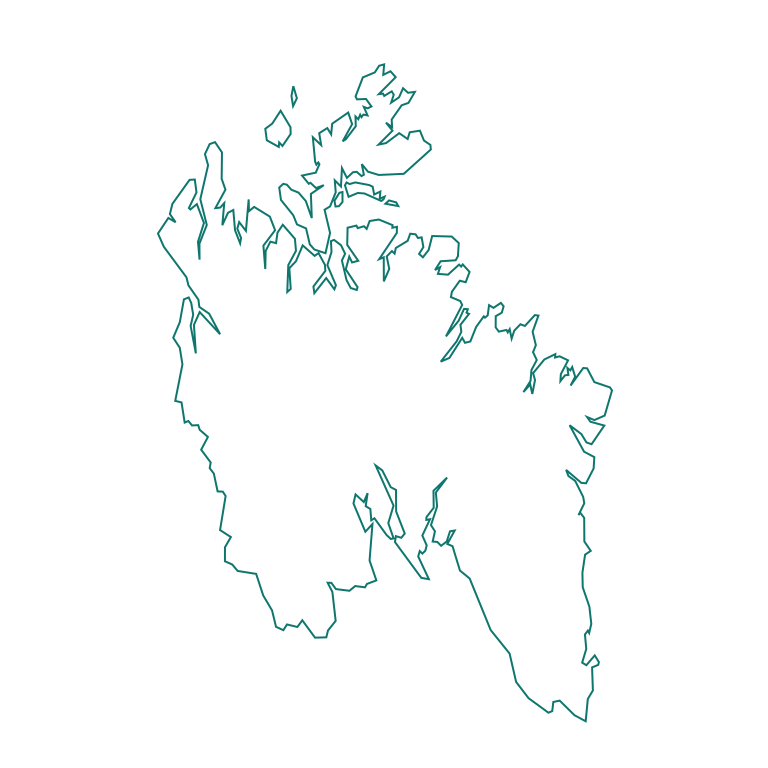 outline of Highland, rotated 95°
{"feature_id": "GBR-2745", "entity_name": "Highland", "entity_type": "Unitary District", "adm_level": 1, "iso_a3": "GBR", "parent_name": "United Kingdom", "parent_adm1": "", "projection": "natural_earth1", "projection_center": [-5.279, 57.587], "detail": "fine", "context": "isolated", "style": "outline", "palette": "teal", "viewbox_px": 768, "rotation_deg": 95, "n_neighbors": 0, "source": "natural_earth", "source_scale": "10m", "svg_char_len": 6153}
<svg xmlns="http://www.w3.org/2000/svg" viewBox="0 0 768 768"><g transform="rotate(95 384 384)"><path d="M317.1,590.7L314.8,586.1L320.1,583.1L331.7,580.1L343.0,581.7L369.9,574.1L341.7,578.5L328.4,573.9L348.7,551.6L329.2,564.3L323.3,574.7L316.2,576.2L302.8,587.4L294.9,590.1L266.6,615.2L253.8,622.3L237.4,613.3L241.0,605.7L233.4,612.1L223.0,610.5L197.6,595.5L196.8,590.3L209.5,587.5L225.7,593.7L227.0,592.1L221.1,586.1L239.3,577.4L258.5,581.7L276.2,578.6L260.3,580.1L241.0,574.4L215.9,583.1L181.4,578.3L170.6,582.4L160.2,578.6L157.8,573.4L167.4,565.6L193.7,563.6L204.2,558.9L223.5,567.3L222.5,562.5L217.7,558.9L239.9,558.9L227.1,554.4L223.8,549.3L243.8,545.8L256.4,539.6L251.0,539.1L242.0,543.7L235.3,542.4L243.5,534.9L211.9,534.9L223.6,533.6L218.9,528.8L227.2,512.3L240.3,505.9L256.7,516.2L279.8,512.3L261.8,513.5L252.1,509.6L253.1,503.8L242.5,503.3L234.2,498.7L247.1,485.4L259.0,483.3L273.9,489.7L300.8,488.4L297.4,485.2L276.9,488.4L269.4,482.4L253.0,477.1L262.4,464.3L259.3,460.6L270.5,453.2L276.4,452.3L293.0,462.8L299.6,461.3L283.5,450.8L294.0,441.7L289.8,440.5L270.5,450.8L257.1,447.8L246.3,449.3L244.8,446.3L249.5,438.9L257.6,434.1L264.6,436.7L283.7,430.4L291.3,425.5L292.7,419.3L289.8,418.8L273.1,432.1L260.1,429.7L265.7,426.4L263.5,420.4L248.6,432.8L231.5,433.9L228.6,425.3L231.0,423.8L228.6,417.7L231.0,414.8L222.9,412.5L220.6,403.5L225.0,389.3L227.6,389.3L226.3,384.8L232.4,384.4L260.1,399.7L257.8,395.3L281.8,393.1L268.9,388.8L256.7,392.4L250.9,387.7L253.2,384.8L247.5,384.1L239.3,372.9L232.0,371.0L232.1,365.6L235.6,362.9L234.6,359.3L244.2,356.7L251.3,360.4L254.4,356.3L246.6,351.2L232.4,348.9L231.2,329.4L237.1,321.8L250.3,321.5L254.5,323.4L256.8,338.3L266.0,343.1L262.7,338.3L269.6,339.9L269.5,329.8L258.5,319.6L260.3,317.4L258.0,316.0L264.9,308.5L275.5,311.5L274.5,317.5L286.2,324.4L291.6,324.9L294.7,315.3L298.4,313.0L331.2,326.4L314.4,315.1L302.2,310.8L302.2,307.0L305.8,308.0L306.7,305.4L318.4,313.0L325.3,311.5L335.1,315.3L356.8,329.4L352.3,321.1L331.2,310.1L335.9,306.9L334.1,301.7L319.2,297.2L307.9,290.5L309.1,289.2L306.6,286.7L296.3,286.2L298.6,281.6L293.0,274.6L296.2,271.6L302.7,272.9L306.7,278.6L317.8,277.7L321.8,274.2L319.5,266.7L321.8,265.2L318.4,263.6L327.7,260.8L319.5,258.9L312.6,253.3L313.9,248.7L302.2,239.7L302.4,236.1L319.0,240.5L332.1,236.1L339.3,238.3L346.8,233.9L357.2,238.3L368.2,238.3L379.9,244.4L371.7,238.3L381.0,235.4L366.9,233.9L360.2,236.4L345.6,226.4L339.3,215.9L342.7,215.9L341.1,211.5L344.4,202.7L358.8,208.7L365.8,208.5L359.6,204.5L358.9,201.1L352.0,202.7L354.2,199.6L350.7,198.0L360.1,194.2L369.3,198.0L350.7,186.9L350.7,183.0L363.8,174.6L367.7,158.6L370.5,156.3L396.2,161.4L401.6,171.3L399.2,178.8L403.6,175.1L406.2,160.9L425.9,172.0L424.6,177.2L416.7,183.0L408.9,195.5L434.0,178.8L438.5,168.1L449.9,167.8L465.3,174.1L465.3,178.8L453.7,195.1L459.5,192.3L464.0,185.0L479.2,175.7L485.4,174.1L497.6,178.8L495.2,177.2L499.9,172.9L523.4,170.7L532.2,163.5L536.5,168.8L554.7,169.9L569.2,168.3L587.9,160.0L604.9,156.6L614.2,157.9L611.9,159.4L616.0,162.0L630.3,159.4L644.3,162.3L646.5,157.9L636.0,150.4L642.3,145.7L645.1,146.1L648.2,152.0L671.1,149.2L680.0,153.5L702.4,153.7L697.4,165.3L684.1,181.4L686.0,187.6L695.2,187.9L697.1,191.6L684.4,212.6L669.3,226.4L641.6,235.4L619.8,256.3L570.3,281.7L563.2,292.1L539.6,301.6L537.8,307.0L523.8,300.8L525.0,305.4L535.4,307.8L540.2,313.0L536.7,317.1L536.7,321.8L526.3,320.4L520.5,324.9L501.3,320.4L487.6,322.9L471.7,313.0L486.1,325.4L503.0,323.7L512.9,330.1L515.7,330.0L514.7,326.4L531.6,332.6L541.1,327.4L546.5,328.3L549.6,331.0L547.3,333.8L552.8,334.9L574.5,322.3L573.9,329.9L540.5,359.3L534.5,358.9L535.7,353.4L531.2,350.3L509.9,360.8L488.5,362.8L486.2,368.3L470.2,378.2L465.9,385.2L504.3,363.9L522.2,367.6L537.0,361.0L537.8,363.7L534.3,368.2L518.6,381.8L520.9,384.8L509.7,386.7L507.3,391.6L494.1,390.8L503.4,393.8L496.5,402.7L505.7,404.0L532.8,389.7L524.5,383.3L561.1,383.0L580.3,374.5L584.7,383.6L588.2,385.2L587.8,395.1L593.0,400.4L592.5,414.0L586.7,419.1L586.9,422.8L595.7,417.3L624.2,411.5L634.4,418.3L641.4,419.4L642.7,430.6L626.5,444.8L633.6,449.1L632.0,459.7L638.0,462.8L635.3,470.4L619.3,475.8L605.2,485.9L584.3,494.8L583.0,513.5L577.0,519.5L574.5,527.0L560.5,528.2L549.8,523.2L543.8,534.6L509.4,532.0L505.3,535.2L505.5,540.4L488.1,545.7L483.0,550.3L477.3,549.8L465.4,560.4L452.1,554.8L445.7,563.6L441.2,565.5L442.0,571.6L437.9,575.7L439.8,579.2L420.0,584.1L419.0,590.5L382.1,586.5L365.7,590.6L356.3,598.0L340.2,592.8L317.1,590.7ZM102.8,435.7L100.0,437.4L80.4,431.8L74.4,420.3L67.4,416.6L65.6,411.7L76.1,411.7L71.9,404.8L77.3,399.1L95.7,414.4L94.8,410.3L97.0,408.9L91.8,401.8L95.0,399.5L103.1,401.4L97.1,394.0L87.7,390.8L91.8,385.4L90.3,378.7L101.8,384.1L104.8,390.7L119.9,399.4L127.4,398.3L123.5,404.8L130.9,397.6L146.0,410.3L143.8,402.9L132.8,390.7L137.9,381.8L131.0,380.3L128.5,370.3L138.0,365.4L141.8,358.6L146.3,357.8L172.9,382.6L176.2,407.4L173.9,418.5L166.9,425.3L177.3,422.3L178.8,424.5L175.0,429.7L175.8,433.4L181.9,438.9L172.6,444.7L191.0,444.1L185.4,450.8L197.3,448.8L211.8,453.2L215.6,458.4L238.2,450.9L258.8,453.7L256.1,465.1L251.3,470.1L235.8,475.2L232.6,484.6L223.8,489.1L209.6,502.7L197.4,505.5L193.4,501.8L193.9,498.1L198.5,493.3L200.8,485.8L208.6,477.8L225.0,470.4L201.0,473.4L191.2,461.3L194.7,468.8L190.0,474.8L191.1,476.4L183.5,483.8L179.4,470.4L170.7,467.5L169.0,468.8L171.4,470.5L168.5,472.0L144.4,476.4L151.5,467.4L139.8,470.4L134.0,462.8L139.9,458.4L129.2,458.3L116.7,443.3L127.9,438.4L145.8,446.3L143.6,443.4L129.7,434.6L120.0,435.7L122.5,432.7L117.8,431.2L120.1,429.7L117.4,428.0L117.9,423.8L109.7,428.3L110.8,424.3L108.6,420.7L101.6,426.8L102.8,435.7ZM143.1,498.8L155.7,505.9L152.5,509.5L157.0,509.5L151.4,522.0L140.1,524.5L134.3,518.0L120.8,510.8L136.4,499.5L143.1,498.8ZM187.8,435.7L185.7,430.2L187.1,416.1L188.4,412.5L196.1,410.3L192.6,404.4L199.7,404.4L197.3,399.7L200.1,400.6L201.9,402.7L195.9,420.1L196.0,426.8L200.6,435.6L189.5,440.2L186.5,438.9L187.8,435.7ZM205.8,449.3L197.4,445.1L196.4,442.1L206.3,441.2L210.8,444.4L211.4,447.8L205.8,449.3ZM95.2,500.3L106.9,495.7L115.1,498.8L105.1,501.3L95.2,500.3ZM204.3,398.3L200.7,395.0L202.0,387.7L205.5,385.3L204.3,398.3Z" fill="none" stroke="#0f766e" stroke-width="2"/></g></svg>